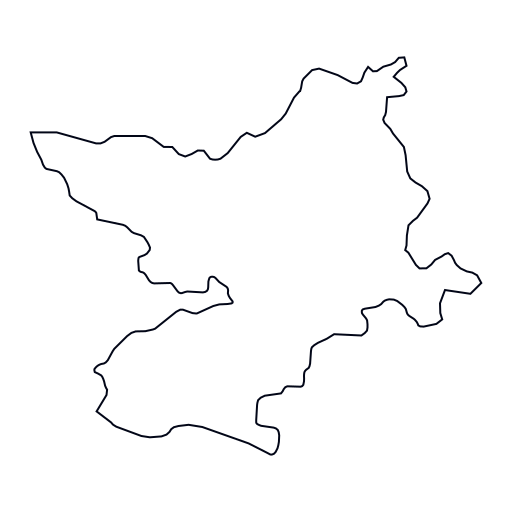 map outline of Osjecko-Baranjska (Mercator projection)
{"feature_id": "HRV-1603", "entity_name": "Osjecko-Baranjska", "entity_type": "County", "adm_level": 1, "iso_a3": "HRV", "parent_name": "Croatia", "parent_adm1": "", "projection": "mercator", "projection_center": [18.514, 45.561], "detail": "fine", "context": "isolated", "style": "outline", "palette": "ink", "viewbox_px": 512, "rotation_deg": 0, "n_neighbors": 0, "source": "natural_earth", "source_scale": "10m", "svg_char_len": 4067}
<svg xmlns="http://www.w3.org/2000/svg" viewBox="0 0 512 512"><path d="M374.7,71.2L376.9,71.1L383.3,66.7L390.9,64.5L395.1,62.1L398.8,57.8L404.3,57.4L406.5,65.8L400.0,70.0L397.1,72.8L393.7,76.8L401.4,82.9L405.3,87.3L406.5,91.5L403.7,95.1L399.0,96.1L387.1,97.2L386.0,111.9L385.2,115.1L383.8,117.4L383.2,119.7L384.6,123.0L390.3,128.9L393.0,133.5L403.9,147.0L405.6,155.2L407.2,171.5L410.3,178.4L415.5,182.5L421.9,186.2L427.4,191.1L429.6,198.8L427.5,203.4L417.1,217.7L413.0,220.8L408.5,225.3L406.9,235.4L406.5,245.5L405.2,250.1L408.4,252.7L415.9,264.9L419.5,268.4L426.4,268.3L431.3,264.5L435.1,259.9L441.6,256.5L444.8,254.2L448.2,253.1L451.6,255.7L453.9,260.0L455.1,262.8L456.8,265.1L460.5,268.4L466.8,271.4L472.3,272.6L477.1,275.3L481.3,283.0L470.4,293.8L448.1,290.5L445.0,290.0L440.0,303.3L440.3,313.1L442.2,319.4L436.4,323.9L423.7,326.6L420.2,326.4L418.3,325.4L417.9,324.2L417.3,323.0L416.7,321.9L414.8,319.7L413.6,318.7L409.4,316.0L408.2,315.0L407.3,313.8L406.8,312.5L406.1,310.0L405.7,308.8L404.4,307.0L402.2,304.8L397.2,301.0L393.8,299.6L389.2,299.3L386.9,299.8L384.8,300.6L383.3,301.7L381.2,304.1L378.9,305.6L375.5,307.0L364.9,308.7L362.8,309.4L361.9,310.5L361.8,311.9L362.0,313.2L362.9,314.6L365.8,318.1L366.5,319.2L367.1,320.4L367.5,324.3L367.5,327.5L367.0,330.6L364.7,333.1L361.4,335.5L334.1,334.2L326.9,338.7L318.0,342.8L314.2,345.2L311.9,347.3L311.3,348.9L311.0,350.9L310.1,363.6L309.5,366.2L308.7,367.9L306.1,369.8L305.1,370.9L304.4,372.2L304.1,374.0L304.0,376.1L304.1,378.7L304.0,381.4L303.3,384.8L302.2,386.1L300.7,386.7L287.3,386.3L285.3,387.2L283.7,389.2L282.7,391.2L281.0,393.4L264.8,395.7L260.7,397.7L258.1,400.2L257.4,402.8L257.1,404.8L256.2,420.2L256.2,422.4L256.4,423.1L257.3,424.1L259.1,425.0L261.1,425.8L273.6,427.6L275.9,428.4L277.8,430.0L278.7,432.2L279.2,435.4L278.9,441.9L278.3,445.3L277.5,448.3L275.6,452.0L273.9,453.8L271.8,454.6L270.3,454.5L267.5,453.0L248.6,443.4L202.3,427.0L188.6,424.8L178.5,426.0L173.9,427.2L171.2,429.2L169.5,431.9L166.5,434.6L161.5,436.4L149.9,437.3L141.4,436.0L116.3,426.7L113.1,424.7L111.9,423.4L111.5,422.9L111.3,422.6L96.6,411.4L106.5,395.0L107.1,389.7L106.1,388.0L105.1,385.7L104.1,381.4L103.2,378.8L102.2,376.7L101.2,375.4L97.9,373.5L94.8,372.1L94.4,370.5L94.4,369.2L95.2,368.1L96.2,367.0L97.2,366.1L98.5,365.2L99.7,364.6L101.2,364.0L103.9,363.5L105.8,362.4L107.8,360.2L112.7,351.2L114.3,348.8L127.1,336.1L131.4,332.9L135.7,331.4L145.3,331.2L152.9,329.5L155.1,328.7L176.2,311.8L180.2,309.7L183.0,309.7L192.5,313.1L196.3,313.5L197.0,313.4L213.3,306.0L219.3,304.4L227.6,304.0L231.6,303.4L232.6,302.6L232.6,301.4L229.9,297.9L228.7,295.8L227.9,293.4L228.1,290.2L227.7,288.4L226.6,286.9L219.2,282.0L215.4,277.9L214.0,277.0L212.5,276.7L211.2,276.8L210.4,277.1L209.5,277.9L209.0,279.2L208.4,281.5L208.2,287.4L207.9,289.2L207.1,290.7L205.3,291.9L202.9,292.4L187.3,291.5L185.1,292.0L181.9,293.1L180.3,293.1L178.8,292.5L177.4,291.1L173.1,285.3L172.1,284.1L171.2,283.4L170.2,283.0L154.2,283.4L152.3,283.0L150.6,282.0L149.0,280.3L145.7,274.9L144.2,273.2L142.7,272.3L141.1,272.0L140.0,271.5L138.9,270.5L138.2,260.8L138.4,258.8L138.7,257.6L139.4,257.0L144.5,255.1L146.9,253.6L149.7,250.0L150.0,247.6L148.8,244.8L147.5,242.3L143.9,236.9L141.0,235.3L133.9,233.1L131.6,231.8L127.2,227.3L125.3,225.8L122.9,224.8L97.2,219.4L96.3,213.0L95.8,212.2L94.8,211.2L76.4,201.3L72.2,198.2L69.7,195.5L69.1,191.5L68.5,188.3L67.2,184.2L64.1,177.8L61.5,174.5L59.1,172.2L56.9,171.2L46.4,168.9L44.8,167.6L43.0,164.6L41.3,159.7L37.1,151.8L33.5,142.9L30.8,132.8L30.7,132.4L56.7,132.4L96.1,143.4L100.5,143.4L104.6,141.8L111.0,137.1L114.3,136.0L145.2,136.0L152.2,138.2L163.7,146.9L172.3,147.0L178.8,154.1L185.2,156.5L191.7,154.0L197.8,150.5L203.8,150.7L210.0,158.7L210.2,158.8L212.6,159.5L215.2,159.7L217.8,159.5L220.5,158.7L227.7,153.1L240.7,136.9L246.8,132.8L255.2,136.7L265.0,133.1L281.2,119.2L285.7,113.6L294.0,97.6L299.5,91.3L300.1,91.1L301.1,87.8L302.2,81.3L303.6,78.6L312.1,70.1L319.1,68.6L337.7,75.1L352.5,82.9L357.1,83.5L361.0,81.3L362.7,77.5L364.4,72.6L368.1,66.9L373.0,71.3L374.7,71.2Z" fill="none" stroke="#020617" stroke-width="2"/></svg>